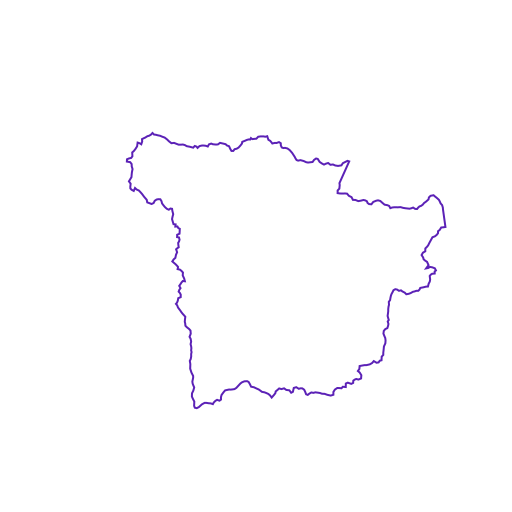 Piranhas, Goiás, Brazil, rotated 308°
{"feature_id": "56859067B20057747391561", "entity_name": "Piranhas", "entity_type": "district", "adm_level": 2, "iso_a3": "BRA", "parent_name": "Brazil", "parent_adm1": "Goiás", "projection": "orthographic", "projection_center": [-51.838, -16.371], "detail": "fine", "context": "isolated", "style": "outline", "palette": "violet", "viewbox_px": 512, "rotation_deg": 308, "n_neighbors": 0, "source": "geoboundaries", "source_scale": "gbopen_adm2", "svg_char_len": 6141}
<svg xmlns="http://www.w3.org/2000/svg" viewBox="0 0 512 512"><g transform="rotate(308 256 256)"><path d="M272.5,92.9L269.2,94.8L266.1,95.1L263.5,95.1L261.4,94.7L258.5,97.2L256.5,97.3L254.6,95.8L252.8,94.8L250.9,96.1L252.5,99.1L251.9,101.4L250.1,102.9L248.5,105.2L245.7,106.6L243.6,107.9L241.5,109.3L236.6,109.9L235.8,112.7L233.2,114.3L231.9,115.4L231.6,117.2L232.0,119.6L235.1,118.8L234.9,121.0L235.5,123.4L235.1,126.0L234.7,128.1L233.8,131.3L233.0,135.3L231.3,137.3L231.9,139.1L232.7,141.7L234.7,142.7L237.2,142.2L239.3,142.9L240.6,144.0L241.8,145.7L241.0,147.8L239.6,149.6L239.1,151.4L238.5,154.0L238.3,156.7L238.8,158.8L240.7,159.3L241.5,160.8L240.0,162.4L238.0,165.0L235.9,165.9L233.4,167.1L231.8,169.3L230.3,171.4L231.4,173.2L229.5,174.3L230.9,175.9L230.2,177.5L230.5,179.2L228.1,180.9L226.5,182.0L224.2,180.8L222.3,182.2L223.2,183.9L221.8,185.7L220.0,186.4L218.4,186.6L216.8,188.1L215.3,189.7L213.7,189.2L212.1,188.9L210.4,191.5L207.7,192.2L204.9,193.6L202.6,193.2L200.2,193.4L200.1,195.2L200.0,197.7L199.7,199.8L199.4,201.3L197.4,202.3L198.4,204.4L198.4,206.3L198.0,208.6L195.6,210.2L194.0,213.3L192.3,215.5L191.2,213.7L189.2,213.6L187.1,213.8L185.2,213.9L184.2,216.3L182.1,216.4L180.3,217.0L180.0,218.8L179.2,220.5L177.2,222.0L174.9,220.7L172.6,221.9L170.5,222.5L169.0,222.4L168.6,224.3L167.4,226.2L166.4,229.9L165.8,231.7L165.3,233.8L165.0,235.6L164.6,237.7L162.4,239.0L160.3,240.4L159.3,241.7L157.6,243.3L157.3,245.2L157.3,248.2L156.9,250.3L154.6,252.4L151.4,253.4L150.5,255.5L148.6,257.6L146.3,258.7L144.8,260.6L143.6,261.8L141.7,263.0L140.6,264.4L138.9,265.2L136.9,266.8L134.6,268.0L132.6,268.4L130.4,270.8L128.2,272.4L126.7,273.5L124.4,276.9L122.8,280.3L121.4,281.4L117.8,283.2L116.4,284.7L115.5,286.2L114.4,288.2L111.3,289.5L108.4,290.1L105.8,292.0L104.8,293.8L103.3,297.0L99.8,299.5L98.8,301.2L99.6,303.0L101.8,304.0L105.8,304.7L108.6,305.9L109.7,307.3L110.8,309.3L112.0,311.1L112.7,313.2L114.5,312.9L116.9,313.2L118.7,313.9L119.5,316.3L121.3,316.8L123.2,315.3L125.3,314.4L128.6,314.3L131.1,314.4L134.1,316.9L135.3,318.5L136.6,319.8L137.9,321.0L139.9,321.7L145.9,322.2L147.8,322.7L150.1,324.0L151.9,326.1L152.2,327.7L151.3,330.0L150.0,332.6L151.3,335.2L151.9,338.0L152.5,340.3L152.6,342.6L152.6,344.3L153.8,346.6L154.4,348.6L154.9,350.7L154.8,352.9L154.1,355.5L157.5,355.7L159.8,355.7L161.4,354.9L163.7,355.4L165.9,355.8L166.8,358.0L169.0,359.6L169.1,362.3L170.7,365.0L169.9,367.9L171.7,368.7L175.3,367.0L177.4,368.5L177.7,371.5L179.1,372.5L180.2,374.0L180.3,376.3L179.3,378.3L177.9,380.6L178.4,382.3L180.2,382.7L182.5,383.6L183.5,385.5L185.1,386.7L186.4,388.9L187.4,390.7L188.1,392.8L189.6,394.9L190.5,397.6L192.0,400.8L194.3,402.4L196.5,400.7L199.3,400.4L202.0,401.3L203.2,402.9L204.4,404.8L206.4,404.9L208.0,407.4L210.8,405.3L212.7,406.3L213.9,409.8L215.8,410.7L217.7,409.4L219.4,409.9L220.8,410.7L221.7,412.8L224.2,414.2L226.9,412.4L228.0,409.5L228.1,407.1L230.6,407.0L233.1,405.4L234.7,406.8L236.7,408.6L238.1,410.3L240.7,412.4L243.2,413.4L245.7,413.5L246.1,416.7L247.6,418.1L249.7,418.0L251.1,419.1L254.1,417.0L256.4,417.2L258.2,415.8L260.2,414.6L263.5,412.5L266.8,411.7L269.2,410.1L270.9,408.4L272.0,406.4L273.3,404.2L275.7,402.8L278.1,402.9L280.0,403.9L282.2,403.1L284.0,402.2L285.5,400.1L287.3,400.0L288.3,398.6L289.8,396.6L291.9,395.4L293.9,394.2L295.4,393.0L297.5,391.7L299.5,390.8L301.6,388.9L303.8,388.8L305.8,387.7L307.9,386.7L309.5,386.2L311.4,385.9L313.7,385.4L315.6,386.2L316.4,387.8L316.6,390.1L318.2,391.4L318.2,393.1L318.7,395.8L318.4,398.0L320.2,399.6L322.0,400.7L324.4,401.7L325.6,402.7L327.3,403.8L328.5,405.3L330.3,405.5L332.0,405.1L334.4,407.2L336.5,408.8L337.8,410.3L340.5,409.1L342.8,408.7L344.7,407.7L347.2,405.2L348.9,405.2L350.4,405.7L352.2,407.6L353.8,406.3L355.4,406.7L356.4,404.5L355.6,401.9L354.5,399.8L352.6,399.1L351.0,397.7L355.0,397.6L356.7,394.4L356.5,392.1L356.6,390.1L357.7,388.7L358.7,385.9L361.4,385.5L363.9,386.5L366.2,384.8L368.8,385.1L370.4,385.1L373.3,384.5L375.8,384.1L379.4,383.5L381.7,384.9L384.0,385.4L386.0,385.4L387.6,384.2L389.6,384.7L392.5,384.4L394.0,386.0L395.5,387.4L407.8,374.7L409.2,373.4L410.7,371.3L411.1,369.1L412.1,367.3L412.9,365.5L413.1,362.4L413.1,360.4L413.2,358.5L410.9,356.5L408.6,356.2L406.8,357.1L403.5,356.5L401.1,355.8L399.1,355.8L397.1,355.2L395.7,354.3L394.1,354.0L392.2,354.0L391.1,352.4L390.9,350.0L389.2,349.0L387.8,347.9L386.7,346.1L385.6,344.3L384.5,342.3L383.5,339.8L381.7,337.8L379.5,334.9L378.0,333.4L376.4,332.4L377.4,330.2L377.0,328.4L375.6,325.7L375.7,322.9L375.9,320.1L375.0,317.9L373.6,316.7L370.8,315.1L367.8,315.1L366.5,313.1L366.5,311.2L367.4,309.7L367.1,307.9L366.3,306.2L364.2,304.6L362.2,302.8L361.4,299.9L359.9,297.8L361.2,295.0L360.6,292.1L361.2,289.4L360.2,287.8L358.3,285.5L356.9,283.6L355.8,281.6L357.9,280.0L360.4,280.2L363.4,278.3L364.8,276.9L387.9,271.2L387.3,269.5L385.4,268.6L382.6,267.3L380.0,267.5L377.5,265.2L376.1,262.7L375.5,260.3L373.7,258.5L373.7,255.6L371.7,254.2L369.9,253.3L369.5,251.2L369.3,248.3L370.5,244.9L369.8,243.3L367.5,242.6L364.9,242.7L361.7,239.5L360.8,237.8L360.2,235.1L358.9,232.0L357.1,230.5L356.6,228.9L357.2,227.1L358.0,225.4L359.5,221.0L360.2,217.3L360.1,214.6L359.1,212.3L357.9,211.1L357.4,209.5L358.4,207.5L360.1,206.1L359.9,204.0L357.7,202.6L356.6,201.1L354.7,199.6L355.1,198.1L355.5,196.3L355.2,194.3L356.0,193.0L357.3,191.1L355.7,189.9L354.9,188.3L353.2,186.1L351.3,184.3L348.7,184.1L347.2,182.5L345.8,181.1L345.8,179.4L344.2,179.7L343.3,178.4L341.8,177.3L339.9,176.3L337.5,174.9L335.9,175.7L333.4,175.7L330.7,175.5L328.6,174.7L327.0,173.4L324.8,173.4L323.7,172.0L324.5,169.9L325.9,167.2L325.2,165.0L325.4,163.2L324.4,161.0L323.0,158.0L320.5,157.3L319.2,155.9L317.5,153.2L317.0,151.5L315.0,150.2L312.6,150.6L312.0,148.7L311.0,147.0L309.9,145.5L307.8,143.8L305.2,143.4L305.6,141.8L305.0,140.0L302.7,139.8L301.3,136.5L299.9,133.8L299.6,131.6L298.8,129.7L297.5,128.3L296.1,126.5L295.4,124.2L294.7,121.8L292.8,119.9L292.8,116.8L293.1,114.2L293.1,111.1L292.3,108.7L291.7,106.4L290.6,104.2L289.9,102.5L288.9,100.8L289.2,98.7L286.9,98.5L284.9,97.7L283.6,96.7L281.1,95.8L279.6,95.0L277.9,94.2L276.2,95.8L273.4,96.8L273.2,94.9L272.5,92.9Z" fill="none" stroke="#5b21b6" stroke-width="2"/></g></svg>